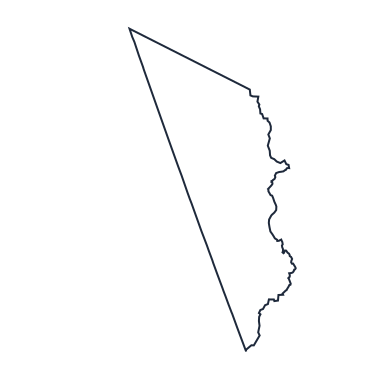 outline of Mono, California, United States of America, rotated 207°
{"feature_id": "52423323B48171180316739", "entity_name": "Mono", "entity_type": "district", "adm_level": 2, "iso_a3": "USA", "parent_name": "United States of America", "parent_adm1": "California", "projection": "equal_earth", "projection_center": [-119.267, 38.088], "detail": "fine", "context": "isolated", "style": "outline", "palette": "slate", "viewbox_px": 384, "rotation_deg": 207, "n_neighbors": 0, "source": "geoboundaries", "source_scale": "gbopen_adm2", "svg_char_len": 2250}
<svg xmlns="http://www.w3.org/2000/svg" viewBox="0 0 384 384"><g transform="rotate(207 192 192)"><path d="M63.7,146.9L63.2,147.4L63.2,149.0L63.0,151.3L63.0,153.4L62.2,154.0L62.4,155.1L63.4,156.0L64.8,157.3L66.3,158.6L67.1,159.0L66.9,159.8L66.5,160.2L66.7,161.6L67.5,162.8L68.5,163.7L66.9,164.8L65.8,165.9L65.5,167.0L65.6,167.5L65.4,168.0L65.7,169.2L65.0,169.9L65.0,171.2L66.1,172.1L69.4,174.1L70.3,173.5L71.7,174.3L72.2,175.6L72.4,177.8L74.2,179.1L75.8,179.3L76.6,180.4L77.6,181.1L79.2,181.3L81.5,182.5L82.6,182.1L82.6,180.9L82.4,179.7L82.7,179.0L84.0,179.4L83.9,180.2L85.0,182.4L86.6,183.8L87.6,185.2L87.4,186.5L88.8,188.4L90.4,189.6L90.9,190.1L91.9,188.8L92.4,188.0L93.8,187.1L94.5,188.1L97.1,188.3L99.1,189.6L101.1,190.8L104.2,192.4L107.1,196.0L109.5,199.3L110.8,202.5L110.7,206.9L110.5,207.9L109.3,211.0L108.8,214.1L110.2,217.3L111.5,218.6L114.3,220.8L116.9,223.4L118.9,225.1L120.6,224.9L122.8,226.4L124.2,227.3L124.7,228.2L125.1,229.0L125.6,229.2L125.3,230.2L124.2,234.0L124.0,235.8L125.0,237.2L125.8,237.0L126.1,237.8L125.6,238.0L125.4,239.2L124.4,241.1L124.5,243.1L125.6,244.2L125.6,247.1L123.4,249.4L121.9,250.4L119.9,251.9L119.0,253.8L118.6,254.0L118.3,254.8L118.4,255.5L118.2,256.3L117.1,257.1L116.3,257.4L118.3,260.0L120.6,259.6L123.9,262.1L126.4,257.9L130.3,257.6L133.6,258.6L137.0,258.4L139.1,260.1L141.5,264.1L145.5,267.7L147.0,275.1L150.1,277.9L149.9,283.0L151.6,286.3L154.5,289.1L157.0,289.8L158.1,291.8L161.6,290.1L164.9,293.3L166.7,293.0L168.9,296.6L171.4,298.7L171.7,300.5L174.7,302.2L176.2,307.1L181.2,304.8L183.8,304.6L187.0,309.5L321.8,309.1L315.6,303.0L311.4,299.5L301.2,289.4L292.0,280.8L292.0,280.7L290.2,278.9L261.7,251.8L236.4,227.8L225.9,217.9L215.7,208.3L208.6,201.8L195.4,189.1L190.8,184.8L187.2,181.6L174.7,169.8L165.7,161.3L161.8,157.8L154.5,151.2L150.3,147.2L142.9,140.4L140.8,138.3L136.7,134.5L132.3,130.4L121.2,120.2L118.9,118.0L114.9,114.4L107.9,107.9L107.2,107.3L102.0,102.6L101.1,101.9L90.5,92.0L84.4,86.4L71.4,74.5L72.3,75.9L69.5,82.4L67.3,83.4L66.6,94.9L69.3,97.0L71.1,103.5L73.8,107.4L75.5,111.3L75.5,114.1L77.4,114.5L77.5,117.9L75.6,120.0L75.5,124.3L73.5,126.6L74.7,131.2L70.3,133.4L69.1,132.2L66.1,134.3L68.2,139.5L64.2,141.8L65.2,142.6L63.7,146.9Z" fill="none" stroke="#1e293b" stroke-width="2"/></g></svg>